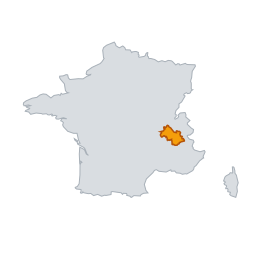 location of Isère within France, rotated 350°
{"feature_id": "FRA-5311", "entity_name": "Isère", "entity_type": "Metropolitan department", "adm_level": 1, "iso_a3": "FRA", "parent_name": "France", "parent_adm1": "", "projection": "equal_earth", "projection_center": [5.636, 45.294], "detail": "fine", "context": "in_parent", "style": "filled", "palette": "amber", "viewbox_px": 256, "rotation_deg": 350, "n_neighbors": 0, "source": "natural_earth", "source_scale": "10m", "svg_char_len": 5676}
<svg xmlns="http://www.w3.org/2000/svg" viewBox="0 0 256 256"><g transform="rotate(350 128 128)"><path d="M198.3,101.6L196.6,102.4L195.6,104.1L194.6,104.5L192.6,104.5L191.7,103.4L189.4,104.1L188.5,105.1L189.8,106.4L185.3,111.7L182.4,113.1L181.8,116.5L178.3,119.1L177.0,121.8L176.9,122.4L177.8,123.2L177.4,125.0L175.7,126.2L175.7,127.3L176.2,127.5L178.9,126.6L179.9,125.5L179.4,124.1L182.0,122.3L186.9,122.7L187.4,125.1L186.8,127.1L190.3,131.4L187.3,133.4L187.1,134.7L190.3,139.1L192.3,140.9L191.2,143.8L187.9,145.7L185.8,145.5L184.9,146.0L185.0,146.9L186.5,149.6L190.1,151.3L190.6,153.3L189.7,154.0L188.0,157.0L188.8,158.6L188.5,159.2L188.9,160.2L189.8,161.3L194.8,163.9L199.3,163.4L199.8,164.9L197.1,168.9L197.3,170.7L195.9,170.7L195.7,171.3L192.9,172.7L188.5,176.8L186.4,177.9L185.5,180.0L184.3,181.2L177.9,183.5L176.6,183.0L173.5,183.0L171.5,181.6L167.8,180.6L166.6,178.5L163.1,178.1L162.9,176.6L157.9,178.0L151.0,176.0L148.6,173.9L146.6,174.4L144.8,176.3L137.3,181.3L134.3,186.4L134.8,192.5L136.4,195.4L131.9,195.0L129.2,195.9L128.4,197.1L122.0,195.6L119.6,196.9L118.9,196.8L118.1,195.5L115.0,194.1L115.5,193.1L115.1,192.2L112.1,191.5L111.1,192.4L110.0,190.6L101.7,187.9L100.4,187.9L99.7,190.6L94.4,190.6L93.6,190.1L90.2,190.6L86.6,188.1L82.4,188.6L80.0,186.0L77.6,185.8L74.2,184.5L72.7,183.8L72.5,183.0L71.4,184.2L70.2,183.9L69.9,183.5L70.8,182.1L71.0,180.4L66.8,179.2L65.7,178.0L65.7,177.3L68.0,176.8L70.2,174.4L72.5,166.0L74.3,156.2L75.4,154.3L76.7,153.8L75.7,152.4L74.3,154.2L75.5,145.2L77.2,138.5L80.7,141.2L81.5,142.4L82.4,146.4L84.3,148.1L83.1,146.5L82.0,141.1L81.2,139.6L75.7,135.2L75.6,134.2L78.1,134.7L77.2,131.4L76.9,124.4L73.5,123.8L68.1,120.8L64.6,115.5L64.2,113.6L65.3,111.5L64.5,110.2L63.0,109.2L64.3,107.5L65.4,107.3L69.3,108.3L66.1,106.6L60.9,107.2L58.9,106.6L58.5,105.4L60.0,103.8L58.3,102.8L55.4,103.0L55.0,102.6L55.9,101.5L55.2,101.0L52.8,101.5L51.4,101.1L50.2,99.8L46.3,99.5L45.4,98.8L40.1,97.3L34.5,97.6L33.0,95.0L29.7,93.7L30.4,92.9L33.9,92.2L34.6,91.5L32.2,90.4L31.3,89.3L35.9,89.1L33.9,88.0L29.5,88.1L29.0,86.5L29.6,85.0L32.3,83.6L38.9,82.0L43.5,82.0L47.0,80.2L50.3,79.7L53.3,80.6L57.3,85.0L60.8,83.1L65.8,83.1L66.8,84.2L68.2,82.2L69.3,83.4L75.4,83.0L74.0,82.2L72.9,80.3L73.0,73.4L70.1,68.5L69.4,66.6L69.7,65.1L73.3,65.4L76.3,64.7L77.8,65.2L78.0,68.4L79.2,70.2L87.5,70.8L92.3,71.8L96.5,70.0L100.3,69.2L100.6,68.7L98.4,68.9L96.4,68.1L96.2,67.3L97.3,64.8L103.2,62.0L111.8,59.7L114.0,58.1L116.6,55.3L116.1,54.6L116.6,47.0L117.9,44.6L121.2,42.8L129.4,41.0L130.4,43.4L130.3,44.7L132.5,46.8L133.5,47.5L137.1,46.3L138.8,48.3L139.3,50.6L143.6,51.5L144.8,54.4L145.6,53.8L148.3,53.9L149.6,54.2L151.4,55.4L150.8,57.2L151.6,58.1L150.8,59.7L151.3,60.3L156.3,60.3L157.8,59.6L158.5,58.0L160.0,57.0L160.6,57.3L159.6,60.4L160.3,61.1L160.7,63.3L162.5,63.5L166.2,65.2L169.3,68.1L173.1,67.6L176.1,69.2L179.3,68.4L182.2,69.3L183.2,70.1L186.0,74.2L188.1,73.3L189.6,73.8L190.1,75.0L195.7,74.3L196.7,75.4L197.9,75.9L205.0,77.4L205.1,78.9L201.1,83.3L199.4,89.5L198.2,91.7L197.7,93.3L198.1,94.4L197.9,96.1L197.1,100.2L197.6,101.4L198.3,101.6ZM225.8,188.5L225.5,191.2L226.5,193.2L227.0,201.1L225.0,204.9L224.7,209.5L222.1,215.0L217.8,212.6L216.6,211.2L217.7,209.1L215.2,208.0L215.8,205.9L215.5,204.9L213.8,204.8L213.7,204.3L214.9,202.7L214.9,201.7L213.2,200.5L212.9,199.4L214.5,198.2L213.7,197.1L212.9,196.8L214.9,193.2L216.4,192.1L219.6,191.1L220.9,189.8L223.1,190.5L223.4,190.2L224.0,184.5L224.8,184.5L225.5,185.2L225.8,188.5ZM76.1,131.8L75.6,133.3L73.5,130.6L73.3,129.1L76.1,131.8Z" fill="#d9dde1" stroke="#a8b0b8" stroke-width="1"/><path d="M162.6,142.4L162.4,142.3L162.3,142.2L162.2,141.9L161.7,141.9L160.4,142.7L159.5,142.7L159.3,142.4L159.1,142.2L159.0,141.7L158.9,141.5L158.7,140.8L158.8,140.1L159.2,139.5L160.1,138.8L160.3,138.2L159.9,137.7L159.4,137.4L159.5,137.4L159.6,137.2L162.4,137.0L162.6,136.9L162.9,136.3L163.0,136.2L163.6,135.6L164.0,135.4L164.3,135.4L164.4,135.2L164.2,135.0L163.3,134.5L163.2,134.3L163.2,134.0L163.5,133.4L163.6,133.2L163.8,133.2L164.0,133.2L164.5,133.5L164.8,133.6L165.2,133.8L165.5,133.9L165.8,133.8L166.0,133.6L166.6,132.7L166.8,132.4L167.0,132.3L167.2,132.2L167.3,132.2L167.5,132.3L168.2,132.8L168.3,133.0L168.2,133.1L168.5,133.8L168.8,134.3L169.8,135.1L170.1,135.4L170.5,136.2L170.9,137.0L172.5,139.9L172.7,140.2L174.9,141.0L174.9,140.7L174.9,139.7L175.2,139.3L175.4,139.3L175.7,139.3L175.9,139.4L176.8,140.1L177.7,140.2L177.9,140.2L178.5,140.9L178.8,141.3L178.9,141.7L178.8,142.1L178.6,142.3L178.4,142.5L178.2,142.7L178.0,143.0L178.0,143.4L178.3,144.6L178.3,145.2L178.4,145.3L178.5,145.4L179.3,145.4L179.7,145.5L179.9,145.9L179.5,146.2L179.5,146.3L179.4,146.6L179.4,146.9L179.3,147.5L179.3,147.8L179.3,148.0L179.5,148.1L179.8,148.1L180.4,148.0L180.6,148.0L180.8,148.3L180.8,148.8L180.9,149.0L181.0,149.1L181.2,149.4L181.3,149.6L181.3,150.3L181.3,150.5L181.2,150.6L180.9,150.7L180.4,150.6L180.2,150.5L179.6,150.8L179.4,150.8L179.2,150.7L178.6,150.8L178.2,150.7L178.0,150.8L177.2,151.2L177.1,151.3L176.7,151.2L176.3,151.2L176.1,151.4L175.8,151.6L175.7,151.7L175.7,151.9L175.8,152.0L175.7,152.3L175.0,152.6L174.7,152.6L174.3,152.6L174.2,152.6L173.9,152.8L173.5,153.4L173.0,153.4L171.3,153.2L171.1,153.1L170.8,152.7L170.4,152.4L170.1,152.0L169.8,151.9L169.8,152.3L168.8,152.0L168.6,151.8L168.6,151.4L168.9,149.5L168.9,148.9L169.0,148.4L169.0,148.2L168.9,147.8L168.8,147.4L168.7,147.1L168.9,146.7L168.5,146.7L167.6,147.3L167.0,147.3L167.0,147.2L166.9,147.0L166.5,147.1L166.1,147.0L165.8,147.0L165.6,147.0L165.4,146.6L164.8,146.5L164.6,146.7L164.5,146.3L164.8,145.4L164.6,144.4L164.6,143.8L164.4,143.5L163.9,143.7L164.0,143.0L163.3,143.0L163.1,142.8L162.9,142.4L162.6,142.4Z" fill="#f59e0b" stroke="#b45309" stroke-width="1.5"/></g></svg>